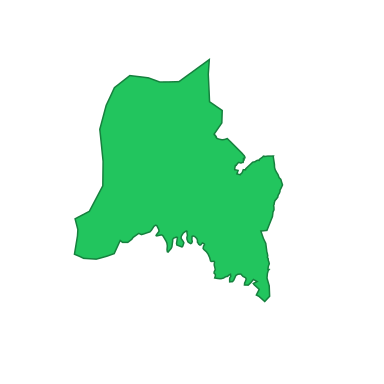 outline of Ohaozara, Ebonyi, Nigeria, rotated 35°
{"feature_id": "59680162B76130047047659", "entity_name": "Ohaozara", "entity_type": "district", "adm_level": 2, "iso_a3": "NGA", "parent_name": "Nigeria", "parent_adm1": "Ebonyi", "projection": "natural_earth1", "projection_center": [7.82, 6.011], "detail": "fine", "context": "isolated", "style": "filled", "palette": "green", "viewbox_px": 384, "rotation_deg": 35, "n_neighbors": 0, "source": "geoboundaries", "source_scale": "gbopen_adm2", "svg_char_len": 3602}
<svg xmlns="http://www.w3.org/2000/svg" viewBox="0 0 384 384"><g transform="rotate(35 192 192)"><path d="M74.3,132.3L68.6,151.0L70.3,160.3L72.0,170.2L80.5,193.5L89.1,203.4L101.6,217.9L115.4,238.1L119.0,266.7L111.6,281.0L120.1,288.3L123.4,293.7L131.4,310.4L137.0,309.2L141.3,308.5L152.1,301.9L155.2,298.2L159.2,293.3L163.6,287.1L161.0,272.9L164.0,273.1L168.3,270.1L169.8,265.3L169.8,263.0L171.8,257.3L172.2,256.4L175.0,255.9L176.7,253.8L178.2,251.7L180.4,248.8L180.7,246.6L180.5,242.0L181.2,240.1L182.4,239.7L186.1,241.7L187.5,243.0L187.4,247.5L187.6,248.3L188.3,248.2L191.6,244.6L193.1,244.5L194.8,245.2L199.1,247.2L200.7,248.2L202.7,250.3L204.7,253.7L206.1,255.1L206.9,254.9L207.0,253.4L207.3,250.4L207.0,248.5L204.2,243.0L203.4,242.3L203.4,240.4L205.1,237.9L206.1,237.6L207.6,240.5L208.8,243.0L210.0,244.1L215.3,242.8L215.5,241.7L214.5,238.3L213.3,237.6L209.6,236.2L208.6,234.3L208.4,230.7L209.0,228.8L209.7,227.2L210.5,227.1L211.0,228.0L213.1,230.1L214.0,232.4L215.1,233.7L217.4,235.2L218.7,235.2L220.6,235.0L221.0,234.0L220.7,232.5L219.1,230.9L217.5,228.3L218.2,227.3L220.2,226.9L222.7,227.4L224.4,228.7L225.2,230.0L226.2,230.3L227.3,230.9L228.8,231.0L229.5,230.4L229.7,227.8L230.6,227.6L232.0,227.5L232.5,228.1L232.5,229.7L233.0,230.9L233.5,231.9L234.7,232.3L238.1,232.7L240.7,233.6L244.1,235.6L246.7,237.8L247.6,237.9L249.8,236.1L250.7,236.5L251.6,238.4L252.3,239.3L253.6,240.4L254.7,241.4L255.3,242.0L255.7,242.6L255.9,244.5L256.6,245.8L258.4,246.1L259.3,247.4L259.9,249.4L262.1,248.4L264.5,247.1L265.6,246.3L267.2,244.4L268.2,242.0L269.5,240.8L270.1,238.3L270.7,237.3L272.2,239.0L272.2,240.6L272.8,241.8L274.4,244.0L276.6,242.2L276.8,240.3L275.8,235.2L276.8,233.0L279.0,231.2L282.2,231.9L285.0,231.5L286.3,232.2L287.0,234.6L287.3,236.4L288.3,238.1L291.5,236.0L292.2,232.4L292.5,228.4L296.7,228.0L294.7,231.8L296.0,232.3L302.9,233.2L303.8,239.5L306.6,239.1L314.4,240.0L315.4,232.9L309.1,224.6L302.8,219.5L300.5,215.5L299.5,212.7L299.6,211.2L298.4,211.7L297.0,208.7L296.5,206.5L295.2,205.3L293.7,204.3L292.5,202.8L291.2,202.3L290.7,200.9L289.0,199.2L287.5,198.0L286.2,196.5L281.9,191.8L277.1,189.1L270.8,184.5L275.4,180.5L272.0,166.0L271.0,164.1L269.8,161.9L269.4,159.6L268.3,158.1L267.5,157.1L266.7,156.5L266.2,154.6L265.5,153.7L265.3,152.5L264.8,151.6L265.0,151.0L265.0,150.0L265.2,149.5L265.1,149.0L265.2,148.2L265.2,146.8L264.8,146.3L264.6,145.7L264.3,144.6L264.3,143.1L263.8,141.2L263.0,139.9L262.8,138.0L262.1,134.3L260.0,132.7L257.5,130.7L255.2,130.3L252.4,128.4L249.8,127.3L247.3,126.0L245.5,124.5L243.6,122.0L241.0,119.3L238.8,117.0L238.3,116.5L238.1,115.8L236.6,116.9L233.4,119.2L231.0,121.4L230.4,121.3L229.9,121.7L229.8,123.0L228.9,125.4L228.5,126.7L228.9,127.6L227.7,128.2L226.8,129.4L226.3,131.0L224.6,132.8L222.7,142.1L223.1,143.1L222.1,143.8L221.2,144.3L221.9,147.0L221.9,148.1L221.7,148.8L221.5,149.7L221.6,150.2L219.0,151.2L218.4,151.4L217.4,147.9L214.2,149.2L213.9,148.8L213.3,147.8L212.3,145.3L212.9,144.9L212.9,142.9L213.1,141.6L213.3,140.9L214.0,140.7L215.5,140.2L216.2,139.0L216.9,138.5L216.8,138.0L216.6,137.7L215.9,136.5L216.3,136.1L216.1,135.5L215.1,135.4L215.0,134.8L215.3,134.5L215.8,133.9L215.5,133.2L215.0,132.9L214.5,132.7L214.1,132.4L211.9,131.9L211.4,131.7L196.2,129.0L190.2,128.0L188.9,129.9L187.2,131.6L186.0,132.3L183.3,133.4L182.2,133.6L181.5,133.8L180.8,133.4L180.2,133.0L180.1,132.9L180.0,133.2L178.8,132.5L177.7,132.0L177.5,131.9L177.4,132.2L176.9,131.9L176.8,118.3L170.0,107.9L154.6,108.0L148.3,99.8L137.8,86.2L130.2,73.6L118.0,109.1L110.2,114.9L102.5,120.4L90.8,123.5L86.8,125.6L74.3,132.3Z" fill="#22c55e" stroke="#15803d" stroke-width="1.5"/></g></svg>